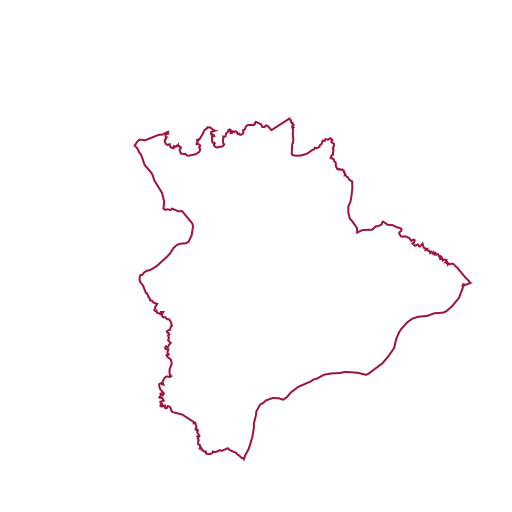 Sumba Tengah, Nusa Tenggara Timur, Indonesia (Albers equal-area conic projection), rotated 146°
{"feature_id": "22746128B11743482298506", "entity_name": "Sumba Tengah", "entity_type": "district", "adm_level": 2, "iso_a3": "IDN", "parent_name": "Indonesia", "parent_adm1": "Nusa Tenggara Timur", "projection": "albers", "projection_center": [119.662, -9.594], "detail": "fine", "context": "isolated", "style": "outline", "palette": "rose", "viewbox_px": 512, "rotation_deg": 146, "n_neighbors": 0, "source": "geoboundaries", "source_scale": "gbopen_adm2", "svg_char_len": 6149}
<svg xmlns="http://www.w3.org/2000/svg" viewBox="0 0 512 512"><g transform="rotate(146 256 256)"><path d="M174.6,358.7L176.9,358.2L178.6,359.3L178.1,362.4L181.1,367.3L182.7,366.9L183.0,366.0L184.9,365.9L189.3,369.1L190.6,369.2L192.2,368.8L194.6,367.1L196.5,367.5L197.3,365.4L198.3,364.8L200.8,364.9L201.8,366.0L201.7,366.8L202.3,366.6L203.1,367.5L202.5,369.8L203.3,370.9L204.4,371.0L204.4,372.0L204.7,371.3L205.6,372.4L207.0,371.4L208.0,371.6L208.3,372.3L207.1,373.0L206.5,374.6L206.9,375.4L207.6,374.8L207.6,375.7L208.6,375.7L209.3,374.7L212.0,374.4L214.4,372.3L215.7,372.5L216.3,373.3L219.2,369.9L220.3,367.3L219.9,366.4L221.1,365.8L222.9,365.8L227.6,367.8L228.9,369.6L228.9,371.5L228.4,372.3L227.3,372.2L227.1,373.2L228.6,374.4L228.6,375.0L226.0,379.4L223.5,378.8L223.5,380.4L224.2,381.1L224.8,380.9L225.2,381.5L224.9,382.7L223.8,383.9L219.9,382.8L220.6,383.6L222.2,388.3L224.3,389.8L224.6,389.3L228.6,389.1L231.3,387.3L237.7,384.3L238.8,384.9L239.1,384.2L240.1,385.0L241.0,382.8L242.1,382.7L242.7,381.8L241.5,381.3L240.6,379.9L240.7,378.5L242.4,378.0L242.7,375.4L244.9,374.0L249.0,374.1L255.6,376.7L257.2,378.1L257.4,380.3L258.3,380.5L261.0,383.0L260.1,386.7L257.3,387.8L256.9,387.4L258.1,388.7L258.0,389.9L258.9,390.4L258.4,391.6L259.2,391.2L260.0,391.9L261.1,391.4L262.2,392.5L262.4,391.7L263.5,391.7L263.5,392.3L264.4,391.6L266.0,394.0L265.0,397.0L267.3,397.5L268.1,399.6L267.5,402.3L266.2,403.5L265.1,403.5L264.1,405.0L263.7,404.8L264.0,405.9L263.5,406.7L262.6,407.4L261.8,407.1L261.9,407.8L260.7,406.9L260.8,407.9L258.5,407.8L260.8,408.5L265.4,408.8L269.0,410.9L283.4,414.0L287.4,417.6L290.5,417.2L294.8,415.4L294.2,411.7L294.9,406.9L294.7,403.9L297.4,393.7L296.2,383.7L296.5,380.7L298.0,375.7L298.6,360.9L301.6,352.6L306.2,347.1L305.5,345.0L303.7,344.5L300.8,341.8L299.0,342.2L295.2,336.2L292.2,334.7L290.6,318.9L291.5,316.0L297.5,309.4L304.0,305.4L307.3,305.9L312.2,308.7L315.8,309.4L320.2,308.7L325.0,306.5L329.8,305.2L343.6,303.2L349.7,303.4L352.6,303.8L354.1,304.7L357.8,305.0L360.8,303.9L362.5,304.8L364.7,303.1L366.6,299.8L366.2,294.7L367.9,287.0L367.2,285.6L368.1,282.2L367.6,280.7L368.6,279.0L368.5,278.2L367.3,277.4L367.1,274.9L364.7,271.5L367.4,270.5L370.6,267.9L370.1,266.6L369.0,266.4L369.9,264.5L367.8,261.5L367.2,261.0L366.4,261.4L366.7,262.4L366.2,262.8L364.2,261.4L366.7,260.3L367.5,259.1L367.1,256.9L365.6,256.3L365.0,253.2L363.4,252.0L363.5,248.7L364.5,245.7L364.9,245.1L366.0,245.2L368.4,242.9L370.5,243.5L372.1,243.3L372.2,241.8L371.5,241.1L371.9,240.6L371.7,239.4L373.5,239.1L373.9,236.8L376.0,235.4L375.3,231.5L377.6,231.1L379.7,229.8L380.3,230.0L381.0,231.4L382.7,230.7L382.7,229.0L380.8,227.7L383.5,225.5L383.5,223.1L385.4,223.9L385.9,223.6L385.9,222.1L384.6,218.1L384.8,216.7L386.1,213.8L390.9,210.5L393.0,207.6L393.9,205.4L393.4,203.9L394.9,203.7L397.3,206.0L399.6,206.2L404.1,203.8L404.7,201.1L405.5,201.8L405.7,203.6L407.8,203.9L408.9,202.5L409.9,199.1L409.2,193.6L411.0,192.7L411.6,195.1L412.2,195.3L412.9,193.6L415.2,192.9L414.8,192.0L413.0,191.0L413.4,187.6L416.8,188.7L417.4,186.9L418.4,185.8L416.5,185.6L416.9,184.8L418.7,184.4L418.4,183.9L415.2,183.0L416.3,180.9L415.9,180.1L415.0,179.9L413.0,180.9L411.6,179.0L412.7,174.8L412.5,173.3L405.9,165.9L400.3,152.8L401.1,152.1L399.7,151.5L401.0,147.6L402.9,146.4L402.9,145.0L401.8,145.0L401.5,144.3L403.4,142.3L403.5,138.6L405.2,139.0L404.8,138.0L406.3,137.6L406.4,135.3L407.5,134.9L409.2,132.6L408.2,130.5L408.9,129.8L408.7,128.7L410.2,127.8L408.7,126.8L409.5,125.5L408.7,124.7L408.4,122.8L407.0,122.1L407.8,120.0L405.1,117.5L402.2,117.1L400.9,118.0L400.0,116.6L398.0,115.8L394.4,115.2L393.6,113.7L386.9,112.4L386.3,109.8L382.3,103.5L382.6,102.3L381.7,100.5L380.7,96.4L379.5,95.5L379.6,94.4L376.2,96.9L369.7,100.3L360.1,108.1L353.1,115.7L351.4,118.4L345.1,124.0L342.7,126.9L336.5,130.1L334.4,130.5L332.2,130.1L328.3,130.7L321.1,128.8L316.5,125.1L313.8,121.6L308.8,121.8L303.6,123.4L294.1,123.9L280.5,121.4L277.5,121.5L274.1,120.3L265.8,119.5L259.4,116.6L251.6,111.9L246.9,110.1L236.7,102.1L231.4,96.1L228.7,95.5L211.0,96.4L201.7,99.0L192.8,102.6L186.4,108.6L179.8,112.9L176.4,114.3L167.3,116.5L161.5,116.6L156.2,115.2L147.1,110.5L140.2,108.8L132.3,104.3L129.4,103.8L122.0,104.6L110.9,107.9L101.7,114.5L101.6,115.7L100.0,116.7L99.5,116.5L99.4,115.1L93.5,113.9L93.8,114.3L93.3,115.6L94.5,121.5L95.7,133.5L96.9,139.0L97.6,140.0L100.1,140.8L100.3,141.9L101.6,141.7L101.1,142.3L101.8,143.4L101.0,143.6L101.1,144.2L102.3,144.9L100.6,145.4L100.3,146.2L102.2,148.0L103.6,147.9L103.0,150.4L104.2,149.9L105.2,150.8L104.8,151.4L104.4,150.8L103.0,151.7L103.1,152.9L104.2,153.2L104.5,153.9L104.0,155.6L106.5,156.8L105.6,157.4L105.6,158.3L106.6,158.1L106.7,159.6L107.4,158.8L108.0,158.8L108.4,161.6L109.9,161.1L109.4,163.2L110.8,164.8L109.9,166.0L112.1,166.3L111.2,167.3L112.3,169.0L111.0,173.2L114.8,172.2L115.4,172.8L115.3,175.1L118.4,175.5L119.3,178.8L117.4,178.9L115.9,179.9L115.6,180.8L116.5,181.7L118.8,181.6L118.9,185.3L121.3,188.9L123.7,190.0L124.8,191.3L124.7,194.7L123.8,195.4L121.2,195.8L120.3,197.2L121.3,199.1L123.1,201.0L125.4,205.1L129.9,208.7L129.9,210.0L131.5,213.5L132.7,213.2L134.6,211.8L138.5,212.6L140.1,213.7L145.0,212.8L152.0,217.3L154.2,218.2L159.0,218.8L156.6,222.9L156.8,231.3L157.4,234.4L155.5,239.6L152.0,245.2L147.4,248.2L143.9,251.7L138.4,258.1L134.8,263.7L134.6,264.3L136.0,266.7L135.8,269.9L136.6,271.5L136.5,273.7L136.9,273.7L136.1,274.5L136.3,276.4L135.6,277.1L136.1,279.6L137.1,279.7L138.5,281.7L139.0,281.3L140.0,282.6L139.5,285.9L137.7,288.8L138.1,290.6L137.5,292.4L138.0,294.1L139.0,294.8L139.3,295.7L136.8,297.2L135.3,297.0L134.5,298.6L133.5,299.1L133.4,300.0L132.2,301.1L131.9,302.6L129.9,303.6L128.7,305.4L129.8,308.3L129.1,309.1L127.9,309.2L127.8,310.2L128.6,312.1L131.3,312.2L133.1,314.0L134.7,313.1L136.3,314.3L139.1,312.2L141.1,312.1L142.4,311.0L145.5,311.4L146.5,312.8L148.5,311.9L149.8,312.4L156.8,312.3L162.9,314.3L167.6,317.4L169.2,319.2L169.3,320.7L163.4,328.6L162.3,328.9L159.9,331.7L157.5,336.4L154.9,339.4L154.1,341.9L153.1,341.7L153.5,343.2L151.4,343.8L152.0,345.5L151.5,345.9L152.2,346.3L151.1,349.4L151.9,350.8L151.6,351.3L172.8,351.7L173.5,357.0L174.6,358.7Z" fill="none" stroke="#9f1239" stroke-width="2"/></g></svg>